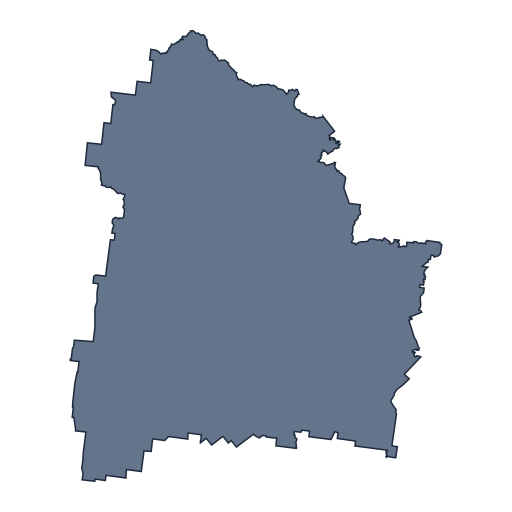 Maranoa, Queensland, Australia (Albers equal-area conic projection)
{"feature_id": "25037944B80919931419893", "entity_name": "Maranoa", "entity_type": "district", "adm_level": 2, "iso_a3": "AUS", "parent_name": "Australia", "parent_adm1": "Queensland", "projection": "albers", "projection_center": [148.678, -26.394], "detail": "fine", "context": "isolated", "style": "filled", "palette": "slate", "viewbox_px": 512, "rotation_deg": 0, "n_neighbors": 0, "source": "geoboundaries", "source_scale": "gbopen_adm2", "svg_char_len": 5977}
<svg xmlns="http://www.w3.org/2000/svg" viewBox="0 0 512 512"><path d="M395.7,457.8L397.4,446.7L391.9,445.8L396.5,413.9L395.7,412.7L396.2,409.9L392.3,404.2L390.9,401.5L391.1,400.3L394.4,394.8L394.1,393.3L394.9,392.6L397.0,389.4L403.7,384.2L409.2,378.8L404.3,374.2L420.7,357.0L419.9,356.9L419.5,356.3L416.8,355.8L415.8,357.0L414.4,356.0L414.4,355.1L413.7,354.1L414.7,353.3L415.1,352.3L414.3,352.1L414.0,353.0L413.4,351.9L412.3,352.0L412.5,350.5L416.5,349.0L416.9,349.4L416.4,349.6L416.5,350.1L418.7,350.3L419.3,348.1L418.5,347.3L416.2,340.6L414.3,337.5L408.9,320.4L412.1,318.9L411.5,318.1L410.8,318.4L410.0,317.2L409.5,317.6L409.4,317.3L421.7,312.2L420.4,310.2L418.9,309.9L418.9,309.0L420.3,307.3L420.7,305.2L420.1,296.6L422.9,293.6L423.0,293.0L423.5,292.9L424.2,288.1L419.6,287.3L420.0,284.6L423.5,285.1L424.1,281.5L423.4,281.4L423.8,279.1L425.0,279.5L425.5,276.6L424.5,276.4L424.8,274.3L423.7,274.1L424.3,271.4L426.0,268.8L427.8,267.2L422.2,266.3L427.2,262.1L428.0,262.3L428.4,259.2L430.4,259.5L431.0,255.3L432.0,255.1L433.8,255.8L434.0,257.0L438.2,255.9L440.4,253.9L441.8,244.6L439.5,243.3L439.9,242.4L426.8,240.5L425.4,242.6L425.5,243.7L425.0,243.3L423.6,243.5L421.2,242.8L420.9,243.2L419.6,243.3L417.5,242.8L416.8,241.9L414.1,241.6L412.9,242.2L413.0,242.9L406.9,242.2L406.4,246.5L404.3,246.5L403.8,245.8L401.9,246.7L398.3,247.0L398.1,246.5L399.3,245.0L398.8,242.9L396.9,241.9L399.2,240.8L399.3,240.2L394.2,239.6L394.4,241.0L392.9,243.3L389.9,243.8L390.1,242.0L384.4,238.0L383.4,238.8L383.0,240.2L381.4,240.8L380.8,239.6L377.7,240.2L374.4,239.2L370.7,238.9L368.7,239.7L368.5,240.5L367.4,241.4L359.9,242.0L358.5,242.4L355.6,244.7L355.1,243.4L351.8,242.7L351.4,242.2L353.2,239.1L352.6,235.5L351.6,234.2L352.7,232.3L352.9,226.1L354.0,225.1L354.9,223.1L354.4,221.1L355.6,220.9L357.5,218.9L358.2,217.5L358.3,215.9L360.6,214.1L359.5,208.1L360.1,207.1L360.3,204.8L349.2,203.4L343.8,187.9L345.7,177.9L344.8,176.4L342.6,175.0L341.4,173.4L340.4,173.4L338.6,171.4L337.9,171.2L338.5,170.9L337.2,170.5L335.1,167.7L334.7,166.9L335.5,162.5L334.4,162.4L332.9,163.6L326.1,165.5L323.9,162.7L319.4,162.2L319.2,161.2L318.0,161.1L321.1,158.2L320.6,156.4L321.8,155.5L321.2,154.7L321.8,153.5L321.4,152.7L323.2,151.4L323.1,150.0L323.6,150.0L324.5,151.1L325.6,151.1L327.8,154.1L330.8,151.8L332.5,151.4L333.5,149.5L335.6,148.1L336.7,148.6L338.9,147.6L338.5,147.3L338.6,146.5L340.1,144.3L338.2,144.7L337.9,143.5L339.4,142.1L339.6,141.5L337.5,140.9L336.8,142.7L336.0,143.5L335.7,143.2L336.4,141.7L333.0,139.1L333.3,138.7L334.8,139.0L334.0,137.9L330.3,137.5L330.0,138.1L330.7,139.9L330.1,140.0L329.4,139.3L329.7,136.0L329.2,135.6L334.6,131.3L323.1,116.3L323.2,117.0L318.9,117.5L318.0,118.3L314.9,117.9L314.3,116.6L313.1,117.2L309.0,116.4L306.6,115.3L306.0,113.6L305.2,113.6L304.7,114.3L303.4,113.3L301.3,112.7L299.4,110.1L297.1,109.5L294.6,107.6L294.8,106.5L293.7,105.6L294.7,99.0L295.6,98.3L296.4,96.8L297.5,96.2L297.6,94.9L299.1,94.2L297.2,89.6L296.0,89.4L295.7,90.5L294.8,90.9L292.3,89.3L291.1,90.4L288.9,90.0L288.2,92.5L286.6,94.3L283.5,90.3L282.2,89.6L277.7,88.6L276.7,87.1L273.5,85.2L271.6,85.8L268.6,84.4L263.3,84.8L260.6,84.6L257.7,86.0L254.0,85.2L252.5,86.8L250.3,84.3L248.5,84.3L247.1,82.7L244.4,82.2L243.8,80.8L242.3,80.5L240.9,79.4L238.1,79.7L238.2,78.5L236.8,76.5L236.4,75.2L236.2,74.2L236.8,72.6L234.9,71.8L234.1,70.9L234.2,70.3L233.1,69.7L229.5,66.1L228.7,65.2L228.5,63.1L224.6,60.0L223.7,60.4L221.3,60.0L220.5,60.8L218.5,60.7L217.4,57.8L216.2,57.1L214.9,54.5L213.3,54.5L212.5,51.6L209.8,50.7L208.2,48.3L207.1,45.1L207.3,43.3L206.6,42.0L207.1,40.1L205.5,38.4L205.3,37.1L204.3,35.4L202.8,34.8L200.8,35.1L198.3,33.1L196.1,33.4L193.1,30.7L190.3,31.0L190.6,31.8L188.1,33.8L186.3,36.5L182.6,36.3L182.1,37.4L183.1,39.5L181.6,38.9L180.9,39.9L180.5,39.5L179.4,40.4L179.5,41.5L178.1,41.6L177.0,42.3L177.0,42.9L175.2,43.3L174.4,44.4L172.2,44.5L171.7,44.0L170.0,47.4L169.0,48.0L168.7,49.5L167.3,51.3L167.3,52.4L165.8,52.5L166.0,52.8L165.3,53.5L163.2,53.0L162.8,53.5L161.7,53.4L160.8,54.1L159.0,51.9L156.4,50.3L150.9,49.3L149.6,60.0L153.2,60.5L150.7,82.9L137.1,81.3L135.4,95.1L111.0,92.2L111.4,96.9L115.2,99.9L115.6,101.6L114.5,104.7L112.9,104.6L110.8,123.5L104.0,122.7L101.6,144.3L87.4,142.8L85.1,165.4L98.3,166.8L98.1,168.2L99.5,170.3L100.6,173.3L100.6,179.4L101.2,179.8L101.0,180.5L102.1,183.4L101.5,184.4L101.5,185.2L105.4,186.1L105.8,186.9L108.5,187.5L110.9,187.0L111.5,188.3L113.5,189.0L117.3,193.1L118.4,193.6L119.0,193.2L120.7,193.2L121.7,193.9L124.8,194.6L124.6,196.3L123.1,199.5L123.9,200.1L124.4,204.2L123.1,206.3L123.0,207.1L124.5,209.6L123.6,217.4L122.2,218.3L119.7,218.0L118.7,218.9L117.8,218.1L115.4,217.4L113.0,218.9L112.3,220.7L112.3,223.3L113.9,224.8L112.4,229.6L111.9,233.1L115.1,233.5L114.3,240.2L110.4,239.7L105.6,276.1L95.8,275.0L93.8,276.3L93.1,283.1L97.4,283.6L97.9,284.1L98.3,286.2L97.7,287.3L97.0,293.7L97.0,301.7L94.9,308.3L94.9,327.8L93.2,341.6L74.4,340.2L73.6,346.8L72.5,348.4L71.2,359.2L70.3,359.1L70.2,360.5L79.0,361.5L77.8,372.1L77.1,372.0L74.9,383.1L72.9,401.1L72.5,407.1L73.3,407.2L72.2,417.4L73.9,417.5L75.6,429.5L75.4,430.9L85.9,432.0L83.3,452.6L82.9,459.8L81.8,468.2L83.1,474.0L82.1,479.8L94.8,481.3L95.1,479.1L105.3,480.5L106.0,475.4L126.1,478.0L125.9,475.9L126.5,469.6L141.3,471.5L144.0,450.9L151.2,451.4L152.6,438.9L164.7,440.5L167.9,437.2L169.1,436.6L187.8,439.1L188.0,433.0L201.2,434.7L201.0,439.4L200.4,440.7L200.4,442.9L206.3,438.3L211.6,445.0L222.9,436.4L228.3,443.0L231.3,440.6L236.4,447.0L253.5,434.2L255.0,435.7L259.4,437.9L262.7,435.4L266.1,435.8L266.1,437.0L276.7,438.3L275.9,445.8L296.3,448.4L296.7,447.9L296.1,447.1L296.4,445.3L295.8,442.3L296.9,439.6L296.7,438.7L295.7,437.9L295.0,436.7L294.8,434.8L293.9,434.8L294.4,431.5L300.9,432.2L302.0,430.2L309.5,431.1L308.9,436.7L331.0,439.5L334.8,431.8L336.1,432.0L338.0,433.0L337.3,438.5L355.6,441.1L354.9,446.0L386.8,450.1L387.3,450.4L386.5,450.7L386.0,451.6L386.9,452.2L386.0,453.3L387.1,455.0L385.9,456.5L386.3,457.2L386.8,456.4L395.7,457.8Z" fill="#64748b" stroke="#1e293b" stroke-width="1.5"/></svg>